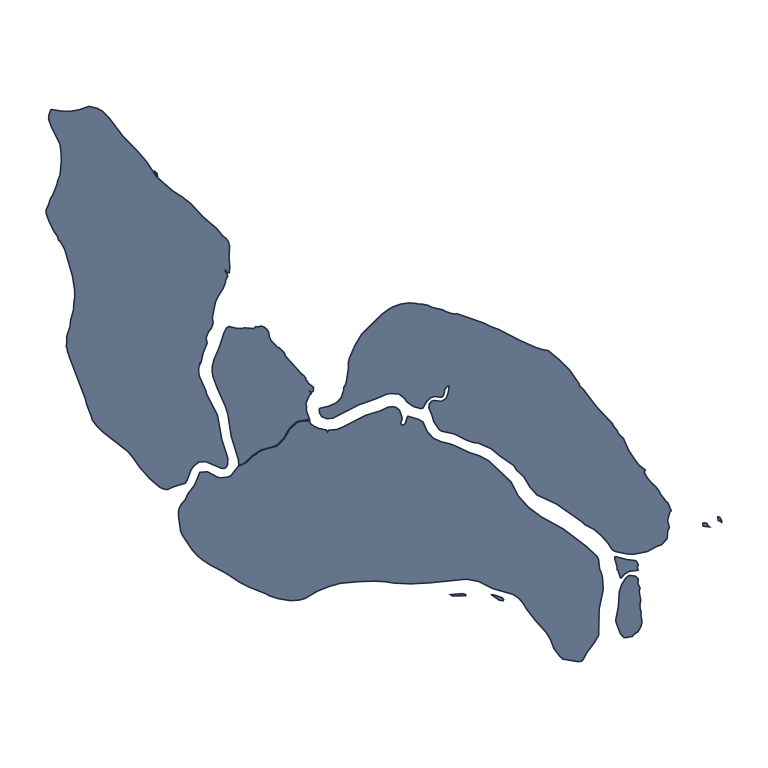 Kepulauan Meranti, Riau, Indonesia
{"feature_id": "22746128B32802105420608", "entity_name": "Kepulauan Meranti", "entity_type": "district", "adm_level": 2, "iso_a3": "IDN", "parent_name": "Indonesia", "parent_adm1": "Riau", "projection": "natural_earth1", "projection_center": [102.588, 1.052], "detail": "fine", "context": "isolated", "style": "filled", "palette": "slate", "viewbox_px": 768, "rotation_deg": 0, "n_neighbors": 0, "source": "geoboundaries", "source_scale": "gbopen_adm2", "svg_char_len": 6083}
<svg xmlns="http://www.w3.org/2000/svg" viewBox="0 0 768 768"><path d="M402.5,425.4L400.7,423.5L402.0,419.6L402.1,417.4L399.5,410.1L396.1,407.4L393.1,406.6L388.1,407.1L380.2,410.9L365.4,415.4L342.5,427.2L336.6,429.5L328.6,430.1L327.5,432.1L326.3,429.9L319.0,428.5L313.3,425.8L310.2,423.4L309.8,420.9L301.2,421.3L296.9,422.6L289.7,429.2L284.2,438.6L279.1,444.2L276.0,446.4L263.4,449.7L258.2,452.3L255.8,454.7L253.1,455.8L245.8,462.9L238.2,466.3L230.8,475.8L226.9,477.2L220.5,477.8L217.4,477.1L207.3,471.7L199.8,472.3L194.6,485.0L188.1,493.5L185.1,499.8L181.4,504.0L179.1,508.4L178.5,511.3L178.5,516.5L180.6,531.4L182.4,535.2L192.0,549.7L197.6,555.9L202.5,559.9L210.4,565.1L225.8,573.2L239.5,582.2L248.5,586.9L265.9,593.8L270.0,596.1L278.8,598.8L290.5,600.7L299.3,600.1L305.1,598.5L317.4,591.2L329.4,586.4L340.5,583.3L359.7,581.6L375.2,581.2L386.0,581.8L393.7,583.1L410.6,583.9L429.7,582.9L463.8,579.4L467.8,579.4L478.7,581.5L492.4,588.5L512.9,594.4L518.8,598.3L523.0,603.1L526.4,608.9L535.0,620.1L546.3,632.6L550.3,639.3L553.9,648.6L559.7,656.2L562.7,659.1L577.8,661.7L581.2,661.4L582.7,660.3L587.0,652.5L595.1,641.5L598.7,635.4L599.2,609.2L603.3,589.3L602.5,577.4L601.2,572.3L599.7,569.4L598.6,559.4L597.2,556.6L586.6,546.6L563.2,528.9L541.0,516.7L528.3,507.1L518.2,495.9L511.0,481.8L488.6,460.7L479.3,455.7L469.6,452.6L454.7,445.6L449.8,443.8L441.0,441.7L433.4,438.3L427.5,431.9L423.0,421.9L418.5,419.3L408.0,416.2L407.3,416.9L405.2,423.6L402.5,425.4ZM102.5,111.2L97.3,108.3L88.9,106.3L79.4,109.7L70.6,111.2L62.3,111.2L51.5,109.5L50.7,109.9L48.8,115.2L48.6,119.3L51.5,127.2L59.9,144.1L60.9,151.4L61.3,160.3L60.0,175.0L57.6,180.8L57.3,183.1L55.5,188.1L52.8,194.7L50.2,199.1L48.5,204.7L46.1,209.8L46.1,213.5L48.9,221.1L54.0,231.6L57.2,236.1L58.6,240.4L60.0,241.1L64.7,249.4L72.4,276.0L74.6,290.0L74.7,297.6L74.0,301.0L73.4,310.1L70.6,320.1L70.0,326.3L66.6,336.6L66.8,341.9L66.2,346.7L67.3,348.7L67.1,350.2L69.9,358.6L85.1,398.3L87.0,405.6L91.4,416.6L92.0,419.4L93.4,421.7L97.1,426.4L104.1,433.1L127.6,451.3L133.4,458.3L139.4,467.0L149.9,478.9L159.9,487.4L164.3,489.3L167.3,489.6L173.6,486.8L185.4,483.2L187.1,480.3L191.1,469.9L193.7,466.1L199.0,462.0L205.8,461.7L221.3,468.3L223.9,468.5L225.7,467.8L227.6,465.0L227.9,458.3L221.9,439.6L217.5,415.0L206.6,394.0L206.0,390.9L199.2,375.8L198.6,369.9L199.1,366.3L200.4,363.5L199.8,363.2L201.1,362.5L203.1,353.3L207.2,343.1L206.1,337.8L208.5,331.9L211.3,328.5L213.0,323.9L213.1,321.5L212.3,318.3L215.4,302.4L218.1,296.5L223.4,288.1L225.7,281.7L225.6,280.1L227.9,276.0L225.1,270.5L225.8,270.2L227.2,272.7L229.3,272.8L229.9,267.4L229.1,258.6L229.6,246.2L228.7,242.3L226.5,238.8L222.7,235.9L217.1,228.9L203.1,216.9L190.8,203.6L182.1,196.9L172.7,190.9L156.4,176.6L146.7,161.8L137.2,150.8L122.8,136.1L109.7,118.6L102.5,111.2ZM416.3,303.4L408.8,302.9L400.9,304.0L393.0,306.8L389.3,308.8L381.7,314.4L361.7,334.1L354.8,345.6L349.3,358.3L348.3,362.5L348.4,368.4L346.2,382.2L345.1,385.3L343.5,387.7L343.8,389.8L341.3,397.2L338.0,401.4L335.4,403.3L328.1,406.4L320.0,408.2L319.2,409.1L319.5,412.9L321.7,416.6L326.8,418.8L332.9,418.2L358.1,405.2L376.0,398.8L386.2,394.4L390.6,393.5L397.0,394.0L398.3,393.6L402.6,396.8L405.3,399.4L406.4,401.5L411.4,405.2L414.3,406.9L420.9,408.7L423.1,408.0L426.9,401.2L430.8,397.7L434.7,396.5L441.3,397.3L443.1,396.2L444.1,393.8L444.8,389.5L447.3,386.3L448.5,385.9L448.9,387.2L448.1,392.8L446.1,398.4L441.6,401.3L433.5,400.4L431.4,401.3L429.2,404.3L428.8,408.0L431.8,414.8L433.7,421.6L439.1,429.6L441.6,431.2L454.1,433.9L466.5,440.2L473.8,442.7L477.9,443.0L491.0,448.7L500.3,456.3L513.8,465.6L516.4,469.9L523.6,476.6L530.1,487.4L537.1,495.1L556.4,504.0L582.3,522.1L584.8,524.6L594.2,529.6L601.6,536.0L607.8,543.0L612.0,549.6L613.8,550.8L615.9,551.7L626.8,553.9L633.2,554.4L647.3,551.6L656.2,546.7L661.5,544.8L667.2,538.6L667.8,530.9L669.4,527.5L667.6,520.3L669.9,512.1L671.3,510.7L667.8,502.7L666.3,501.6L659.8,493.2L659.8,492.1L656.0,486.9L651.0,482.3L647.2,477.6L644.1,472.1L645.4,470.0L639.1,465.2L635.2,460.1L628.9,450.7L623.5,438.5L618.5,433.8L617.1,430.4L613.4,426.0L612.8,424.0L596.5,406.7L583.2,389.2L580.0,386.3L579.1,383.7L569.7,370.1L559.2,359.7L548.1,350.5L542.2,349.5L535.7,347.4L520.1,340.5L498.8,329.5L490.9,326.6L483.7,323.0L456.8,313.6L455.4,314.0L451.3,313.4L445.7,311.5L443.1,309.9L433.1,307.6L429.5,306.3L428.8,305.5L422.2,304.1L417.3,304.0L416.3,303.4ZM260.6,326.0L258.7,326.8L255.7,326.6L254.0,328.5L244.0,327.8L242.7,328.4L236.8,328.3L228.6,326.4L227.9,327.4L226.5,327.8L224.0,332.7L218.9,348.1L214.0,359.4L212.3,366.0L212.1,371.9L213.0,376.8L217.2,388.2L225.3,406.3L227.9,414.6L231.1,436.1L238.3,459.5L238.8,465.1L242.3,464.3L245.4,462.4L253.0,455.1L260.7,450.1L274.8,446.1L278.1,444.2L284.1,437.9L287.1,432.0L290.2,427.6L296.0,422.4L298.8,421.0L309.6,419.4L306.3,410.2L306.6,406.7L305.9,403.5L309.4,395.3L311.2,393.8L310.0,391.4L311.6,392.3L313.2,391.2L313.6,387.3L308.0,383.0L307.6,381.4L306.0,380.2L306.0,378.7L303.9,375.6L301.3,373.7L285.9,356.5L284.5,354.1L284.7,353.3L282.9,351.3L278.9,347.5L278.0,347.7L271.0,340.5L269.3,336.4L268.7,332.3L267.1,329.5L263.9,326.8L260.6,326.0ZM625.8,637.7L632.5,636.4L633.8,634.5L638.1,631.7L641.1,626.2L642.0,621.6L640.9,614.5L641.1,611.6L640.1,608.0L640.1,603.6L640.8,600.2L639.5,593.6L639.3,590.6L640.1,588.1L638.0,583.6L638.3,578.9L635.4,576.1L629.2,575.4L626.1,577.6L621.7,584.3L619.3,591.4L618.3,606.7L615.7,620.1L615.9,621.9L620.3,633.6L623.8,637.5L625.8,637.7ZM621.2,578.0L624.7,574.1L627.8,572.1L630.2,571.2L638.1,570.3L637.4,566.7L638.4,565.0L636.7,561.6L635.6,560.6L626.0,559.4L615.9,556.6L614.7,557.0L614.6,558.4L617.1,567.1L617.0,569.6L617.8,569.9L620.2,577.6L621.2,578.0ZM452.2,596.0L465.7,595.8L465.8,594.6L462.6,593.6L450.4,594.6L452.2,596.0ZM503.7,599.4L502.1,597.7L498.0,596.2L492.5,594.5L491.6,594.9L499.4,600.3L503.3,600.7L503.7,599.4ZM709.6,526.9L707.2,524.7L707.1,523.5L704.6,522.8L703.3,522.9L702.7,523.7L703.2,526.3L709.6,526.9ZM721.9,521.1L719.8,517.2L717.8,516.8L718.2,520.7L720.1,521.1L721.6,522.5L721.9,521.1ZM157.5,176.0L157.1,173.4L154.8,171.5L155.9,175.2L157.5,176.0Z" fill="#64748b" stroke="#1e293b" stroke-width="1.5"/></svg>